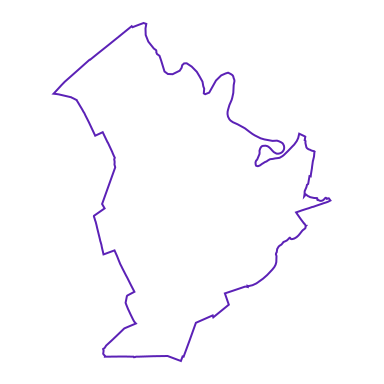 outline of Dridu, Ialomita, Romania
{"feature_id": "2599482B72260409838364", "entity_name": "Dridu", "entity_type": "district", "adm_level": 2, "iso_a3": "ROU", "parent_name": "Romania", "parent_adm1": "Ialomita", "projection": "albers", "projection_center": [26.481, 44.685], "detail": "fine", "context": "isolated", "style": "outline", "palette": "violet", "viewbox_px": 384, "rotation_deg": 0, "n_neighbors": 0, "source": "geoboundaries", "source_scale": "gbopen_adm2", "svg_char_len": 5738}
<svg xmlns="http://www.w3.org/2000/svg" viewBox="0 0 384 384"><path d="M282.8,242.9L283.0,242.7L283.4,242.0L283.8,241.8L284.4,241.7L285.1,241.3L285.8,241.0L286.8,240.5L288.0,239.4L288.8,238.6L289.5,237.8L289.8,237.7L289.9,237.8L290.1,237.9L290.2,238.0L290.3,238.1L290.4,238.3L290.5,238.5L290.7,238.8L291.0,239.0L291.4,239.1L291.8,239.1L292.1,239.1L292.5,239.0L292.8,239.0L293.1,238.9L293.5,238.7L293.8,238.7L294.2,238.5L294.3,238.5L294.6,238.3L295.0,238.1L295.5,237.9L295.9,237.6L296.5,237.1L296.8,237.0L297.5,236.3L297.9,236.0L298.5,235.4L298.7,235.2L299.1,234.7L299.5,234.2L299.9,233.8L300.6,232.8L300.9,232.5L301.0,232.3L301.3,231.9L301.6,231.6L301.8,231.3L302.1,230.9L302.3,230.7L303.0,230.0L303.5,229.7L304.1,229.2L305.0,228.5L305.3,228.1L305.5,227.8L305.5,227.6L305.5,227.2L305.6,226.4L306.0,225.9L305.9,225.9L304.7,224.1L304.3,223.5L304.0,223.5L302.7,221.7L301.1,219.6L299.9,217.9L297.1,213.9L296.1,212.4L298.7,211.5L301.8,210.4L305.2,209.3L307.1,208.7L308.5,208.3L310.5,207.6L312.1,207.0L313.3,206.8L315.5,206.0L318.4,205.0L322.0,203.8L323.6,203.2L325.6,202.6L327.9,201.8L328.1,201.7L330.4,200.5L329.1,198.7L328.8,198.3L328.5,198.3L328.1,198.3L327.7,198.4L327.3,198.7L327.1,198.8L326.9,198.9L326.4,198.3L326.1,197.9L325.9,197.8L325.6,197.8L325.4,197.9L325.0,198.3L324.7,198.7L323.1,200.2L322.5,200.5L321.9,200.7L321.4,200.8L320.8,200.9L320.3,200.8L319.7,200.7L319.1,200.4L318.8,200.3L318.5,200.1L318.2,199.9L317.9,199.8L317.6,200.0L317.4,199.9L317.3,199.7L317.3,198.6L317.2,198.2L316.9,198.1L314.2,198.0L310.9,197.3L310.0,197.1L309.2,196.6L308.2,196.2L306.8,195.2L305.5,194.2L304.8,195.7L304.2,196.4L304.5,194.4L304.6,193.8L304.6,192.7L304.7,191.1L306.4,187.2L307.0,184.8L308.1,184.0L308.2,183.7L309.5,176.1L310.7,176.4L310.9,174.5L311.3,172.0L311.7,169.6L311.9,168.5L312.0,167.4L312.1,166.6L312.2,165.8L312.3,165.2L312.4,164.5L312.9,160.9L313.0,160.8L313.4,159.1L314.0,156.6L314.3,153.2L314.5,151.8L314.6,151.6L314.3,151.3L312.8,150.9L312.3,150.8L311.7,150.6L311.0,150.3L310.1,149.8L309.5,149.6L308.9,149.4L308.3,149.1L307.9,148.8L307.6,148.7L307.2,148.3L307.0,148.1L306.7,147.8L306.4,147.3L306.3,146.9L305.5,143.4L305.4,142.8L305.5,141.4L305.4,140.9L305.3,140.7L305.2,140.4L305.0,140.2L304.7,140.1L305.3,136.7L304.7,136.3L299.2,133.7L298.2,138.0L296.8,141.0L294.2,144.6L292.5,146.3L287.9,151.1L284.1,154.8L282.5,156.1L279.6,157.8L277.7,158.1L275.1,158.4L272.8,158.9L270.1,159.2L268.3,160.2L266.6,161.4L264.7,162.2L263.2,163.2L262.3,163.7L259.8,165.5L257.9,166.2L256.9,166.0L256.1,165.7L255.7,164.7L255.5,162.6L255.8,161.4L256.3,160.4L257.0,159.8L257.5,158.8L259.5,154.0L259.6,152.6L259.5,150.8L259.8,149.7L260.3,148.3L261.1,147.0L261.8,146.3L262.8,145.9L265.5,145.7L267.2,146.1L268.2,146.6L269.6,147.7L271.1,149.2L272.1,150.4L273.8,152.1L274.5,152.5L276.5,153.6L278.1,153.7L279.7,153.4L280.8,153.0L282.3,152.0L283.4,150.6L284.0,149.2L284.2,147.7L284.0,145.9L283.4,144.6L283.2,144.2L282.5,143.2L281.1,142.3L279.0,141.3L277.2,140.7L276.1,140.7L272.5,140.9L264.3,139.4L260.6,138.3L254.8,135.4L252.5,134.0L249.6,131.9L244.9,128.3L237.6,124.3L232.9,122.2L230.6,120.6L229.4,119.3L228.0,116.6L227.5,114.0L227.6,111.7L228.0,109.9L229.4,105.1L231.6,100.0L232.2,98.0L233.3,92.9L233.7,85.0L234.4,81.4L234.4,80.4L234.2,79.5L233.8,78.5L233.6,77.9L233.4,77.0L233.1,76.1L232.4,75.1L231.3,74.4L230.9,74.1L228.1,72.7L225.5,73.5L221.2,75.4L216.0,80.5L209.2,92.6L205.2,94.2L203.8,93.4L204.0,91.1L204.2,88.7L203.3,86.3L202.5,81.7L199.5,76.3L196.8,71.8L191.7,66.6L186.7,63.3L184.1,63.4L182.2,65.2L181.6,67.8L179.7,70.7L172.6,74.2L167.9,74.0L164.5,71.5L161.1,60.4L159.5,55.8L157.0,54.0L156.3,52.3L156.4,51.1L156.1,50.2L153.8,48.5L148.3,41.6L145.7,35.0L145.5,28.4L146.3,23.9L143.5,23.0L142.6,23.4L139.0,24.7L132.5,27.2L131.7,26.2L122.8,33.4L122.7,33.5L112.3,41.9L109.1,44.5L98.3,53.1L90.0,59.8L89.6,59.7L77.6,70.4L72.4,75.0L64.7,81.8L61.6,85.0L53.8,93.5L53.6,93.7L57.0,94.1L58.9,94.4L59.7,94.6L64.9,95.8L69.2,96.8L71.3,97.3L71.7,97.6L73.2,98.3L76.7,100.1L76.7,100.3L77.5,101.6L78.3,102.9L79.0,104.1L80.3,106.3L81.4,108.1L82.4,109.8L83.3,111.5L84.4,113.2L85.4,115.4L87.4,119.3L89.0,122.5L95.2,135.7L99.3,133.8L102.7,132.2L107.5,142.2L107.6,142.4L107.8,142.5L112.2,151.9L112.4,152.4L112.6,152.9L112.7,153.3L113.0,153.9L113.7,155.5L114.2,156.6L114.7,157.5L114.8,157.8L114.5,158.5L114.2,159.3L114.3,159.8L114.5,160.9L114.6,161.7L114.6,163.2L114.5,163.9L114.5,164.7L114.8,165.7L115.1,166.8L115.2,167.4L102.1,204.0L104.6,208.4L94.0,215.8L93.9,216.5L94.5,218.2L95.2,220.6L95.6,221.6L96.5,225.1L97.1,227.8L97.7,230.2L99.9,239.2L100.3,241.1L100.5,241.6L100.7,242.3L101.4,244.8L101.8,247.0L102.4,249.6L102.8,251.2L103.5,254.4L104.2,254.2L108.2,252.7L114.5,250.4L117.1,256.2L118.7,260.3L119.6,262.5L120.3,264.2L121.7,266.9L122.0,267.6L126.1,275.6L127.2,277.6L128.5,280.2L130.3,283.8L130.9,285.0L132.6,288.3L133.7,290.4L134.4,291.8L127.4,295.5L127.1,295.9L126.9,296.1L125.6,302.8L126.4,305.0L127.5,307.7L128.1,309.2L128.7,310.4L130.5,314.3L132.9,319.2L133.9,321.1L134.6,322.1L135.9,323.5L130.2,325.9L125.0,328.1L124.2,328.5L121.1,331.5L112.1,340.1L106.1,345.6L105.6,346.5L104.4,348.2L104.1,348.4L103.3,348.8L103.1,349.0L103.4,350.1L103.6,350.6L103.3,353.1L103.2,353.7L103.3,354.0L103.8,354.7L104.4,355.3L105.0,355.9L104.9,356.7L123.7,356.5L133.6,356.7L133.9,357.2L135.0,357.1L136.0,356.7L137.6,356.7L153.6,356.2L167.6,356.0L180.9,361.0L182.6,356.4L183.6,356.7L189.6,340.4L195.9,322.8L212.7,315.4L213.3,317.3L228.8,304.7L224.9,293.4L233.9,290.4L245.1,286.6L246.4,286.7L247.7,287.0L247.5,285.8L248.6,286.1L252.5,285.2L256.4,283.4L263.0,278.7L267.1,275.1L272.3,269.6L274.3,267.1L275.6,264.7L276.3,262.1L276.5,256.1L275.9,254.2L276.1,253.2L276.7,252.3L277.2,249.0L278.7,246.5L279.9,245.5L281.4,244.6L282.8,242.9Z" fill="none" stroke="#5b21b6" stroke-width="2"/></svg>